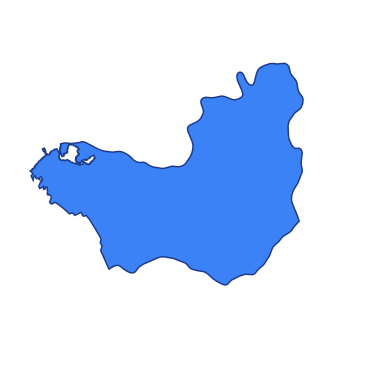 Pepillo Salcedo, Monte Cristi, Dominican Republic, rotated 336°
{"feature_id": "3306468B50273300961313", "entity_name": "Pepillo Salcedo", "entity_type": "district", "adm_level": 2, "iso_a3": "DOM", "parent_name": "Dominican Republic", "parent_adm1": "Monte Cristi", "projection": "equal_earth", "projection_center": [-71.693, 19.654], "detail": "fine", "context": "isolated", "style": "filled", "palette": "blue", "viewbox_px": 384, "rotation_deg": 336, "n_neighbors": 0, "source": "geoboundaries", "source_scale": "gbopen_adm2", "svg_char_len": 5879}
<svg xmlns="http://www.w3.org/2000/svg" viewBox="0 0 384 384"><g transform="rotate(336 192 192)"><path d="M278.0,262.2L278.6,256.6L279.0,243.2L279.6,239.8L280.6,237.6L282.4,234.8L285.3,231.6L291.8,227.3L300.4,219.0L301.7,216.6L302.9,211.4L303.7,209.4L308.6,201.1L309.0,198.1L308.4,196.4L307.2,195.4L304.7,194.5L303.5,193.5L302.6,191.8L302.1,188.7L302.1,184.0L302.7,180.6L306.6,170.7L308.8,167.5L311.0,165.7L318.0,161.6L324.3,160.1L326.0,159.2L329.0,156.3L331.1,152.7L331.5,149.7L330.4,145.4L330.3,142.3L332.1,135.6L332.3,133.5L332.1,131.3L330.7,126.6L330.3,123.6L331.5,116.5L330.6,113.9L328.8,112.0L322.0,109.8L318.2,107.5L315.6,106.5L309.9,105.9L305.1,106.1L302.4,107.1L300.8,108.3L298.6,110.6L293.5,117.2L291.8,118.6L290.6,118.9L288.8,118.0L287.9,116.7L287.2,115.0L286.8,112.7L286.7,105.9L286.3,103.8L285.1,102.3L284.3,101.9L282.5,102.0L281.2,103.0L280.1,104.5L279.1,107.6L278.9,110.1L278.8,120.1L278.2,123.2L277.7,124.1L276.1,125.4L272.4,125.9L269.4,125.4L267.5,124.6L265.8,123.3L260.5,118.0L258.1,116.4L249.1,114.4L242.9,111.0L240.3,110.7L238.7,111.1L237.3,112.2L236.9,113.1L236.3,114.9L235.8,120.9L235.3,122.9L234.4,124.5L233.1,125.7L229.7,128.4L227.1,129.5L224.2,129.9L217.4,130.0L215.6,130.5L214.1,131.7L213.2,133.6L212.9,135.8L212.7,145.6L212.1,149.3L210.6,152.5L208.0,156.1L204.9,159.0L197.9,163.3L196.2,163.9L193.5,164.2L189.9,163.5L184.5,160.4L177.1,159.2L174.4,158.4L166.7,153.4L164.1,150.7L161.2,146.2L159.9,145.2L155.2,143.3L153.2,141.4L151.6,138.9L150.1,134.9L148.5,131.9L146.5,129.2L144.3,126.8L141.8,125.2L135.6,123.3L127.8,118.6L124.3,115.3L114.6,103.1L112.5,101.5L111.4,101.1L109.9,101.2L101.6,98.7L96.9,96.0L94.2,95.0L91.7,94.6L91.7,95.2L91.3,95.2L91.3,96.1L91.0,96.1L91.0,96.7L90.6,96.6L90.2,97.6L89.5,97.6L89.5,98.6L89.1,98.6L89.2,99.2L88.8,99.1L88.4,100.0L88.1,100.0L88.0,101.9L87.7,102.0L87.7,104.4L88.0,104.4L87.7,106.4L88.0,106.4L88.1,106.9L89.9,106.9L89.9,106.4L90.2,106.2L90.2,105.4L90.6,105.4L90.6,104.9L92.0,105.0L92.0,105.4L93.9,105.4L93.9,105.0L94.6,104.9L94.6,103.9L94.9,103.9L94.9,103.0L95.7,102.5L96.0,101.5L96.4,101.6L96.4,101.0L97.1,100.5L97.1,100.0L98.2,99.6L98.2,99.1L98.9,99.1L98.9,98.6L100.0,98.6L100.0,99.1L100.7,99.1L100.7,99.6L101.4,99.5L101.5,100.0L102.2,100.0L102.2,100.5L102.9,101.0L102.9,101.5L103.3,101.5L103.3,102.0L104.0,102.5L104.1,103.0L104.7,103.0L104.7,103.5L105.1,103.5L105.1,104.4L105.5,104.5L105.5,104.9L105.8,104.9L105.8,105.4L106.1,105.4L106.2,106.9L105.5,106.9L105.5,107.3L104.4,107.3L104.0,108.3L103.7,108.3L103.7,109.8L104.0,109.8L104.0,110.8L104.3,110.7L104.4,111.2L104.0,111.2L104.1,111.8L103.3,111.7L103.3,112.2L101.8,112.2L101.8,112.7L100.4,112.7L100.4,113.2L100.0,113.2L100.0,113.7L99.7,113.7L99.7,114.6L99.3,114.6L99.3,115.1L98.9,115.1L98.9,115.6L98.6,115.6L98.6,117.6L98.9,117.6L99.0,118.1L99.7,118.1L100.0,119.0L100.7,119.0L100.7,119.5L101.4,119.5L101.5,120.0L102.2,120.0L102.2,119.5L103.7,119.5L103.7,119.0L104.7,119.0L104.7,118.5L106.9,118.5L106.9,119.0L107.6,119.0L107.6,119.5L108.8,119.5L108.7,120.0L109.4,120.0L109.4,119.5L112.0,119.5L112.0,119.0L113.1,119.0L113.1,118.5L117.1,118.5L117.1,119.0L117.4,119.0L117.4,120.9L116.7,120.9L116.7,121.9L115.7,121.9L115.6,122.4L114.6,122.6L114.5,122.9L113.4,122.9L113.4,123.4L112.0,123.3L112.0,123.9L110.9,123.9L110.9,124.4L110.2,124.4L110.2,124.9L108.7,124.9L108.7,124.4L108.0,124.4L108.0,123.9L107.3,123.4L107.3,122.9L106.5,123.0L106.5,122.0L105.9,121.5L105.8,121.0L105.5,121.0L105.5,120.5L105.1,120.5L105.1,121.0L104.4,121.0L104.0,122.0L101.5,122.0L101.5,121.5L100.0,121.5L100.0,121.0L99.7,121.0L99.3,120.1L98.6,120.0L98.2,119.0L97.1,119.0L97.1,118.5L96.4,118.5L96.0,117.6L94.6,116.6L94.6,116.1L93.9,116.1L93.1,114.2L92.8,114.2L92.8,113.7L92.0,113.2L91.7,112.2L91.0,112.2L91.0,111.7L88.4,111.7L88.4,111.2L88.1,111.2L87.9,110.8L87.3,110.8L87.3,110.4L85.9,110.3L85.5,109.4L85.2,109.3L85.2,108.8L84.8,108.8L84.7,107.8L84.4,107.8L84.4,106.9L84.7,106.9L85.2,104.9L85.5,104.9L85.9,103.9L86.2,103.9L86.2,103.5L86.6,103.4L86.5,101.0L86.2,101.0L86.2,98.1L85.9,98.0L85.9,97.6L84.1,97.6L84.1,97.1L83.3,97.1L83.3,97.6L79.7,97.6L79.7,98.1L78.6,98.1L78.6,98.5L78.3,98.6L78.3,99.2L77.5,99.1L77.5,99.6L75.4,99.6L75.3,99.1L75.0,99.1L75.1,98.5L74.6,98.6L74.6,97.6L74.3,97.6L74.2,95.6L74.7,95.6L74.6,94.7L75.0,94.6L75.0,92.3L74.6,92.3L74.6,91.8L73.2,91.8L73.2,92.3L72.8,92.3L72.8,94.2L73.2,94.2L73.2,95.2L73.9,95.7L73.9,97.6L73.6,97.6L73.6,98.6L73.2,98.6L72.8,99.6L71.0,99.5L71.0,100.0L69.2,100.0L69.2,100.5L68.1,100.5L68.1,101.0L66.7,101.0L66.7,101.5L64.2,101.6L63.4,102.9L61.6,103.0L61.6,103.4L60.9,103.5L60.9,103.9L59.8,103.9L59.8,104.4L59.1,104.4L59.0,104.9L58.3,104.9L58.3,105.4L58.0,105.4L58.0,105.9L55.8,105.8L55.8,106.4L55.1,106.4L55.1,106.9L52.8,106.9L54.2,110.5L51.7,111.8L51.7,116.6L54.2,113.2L55.2,113.2L55.3,116.6L56.8,116.7L57.8,118.6L58.9,116.7L60.4,116.7L60.4,119.8L58.9,119.8L58.9,121.3L57.8,121.3L55.3,123.4L54.3,124.8L54.3,126.8L58.9,126.8L57.8,128.2L57.8,129.5L58.9,129.5L60.4,128.2L61.4,128.2L61.4,129.5L60.4,131.6L60.4,132.8L58.9,134.8L59.7,135.5L59.4,136.3L60.4,136.3L61.4,137.7L61.4,139.7L57.9,143.2L57.9,144.5L58.9,145.9L63.0,145.9L67.6,154.0L71.2,162.2L73.8,162.3L75.3,164.2L75.3,165.6L82.5,165.6L82.5,169.0L83.5,170.3L85.8,170.3L87.4,176.2L89.7,194.9L89.7,198.3L87.5,201.1L87.9,204.6L84.8,208.5L84.8,228.7L90.5,228.0L93.1,228.3L94.7,229.0L96.0,230.3L98.8,235.6L101.3,239.1L103.6,241.2L105.3,241.9L107.9,241.8L113.2,238.9L118.0,238.1L134.1,238.2L137.0,238.6L139.7,239.6L147.5,244.7L156.8,254.0L157.7,255.5L159.0,260.0L159.8,261.6L161.0,262.9L165.1,266.1L169.7,269.1L171.1,270.3L173.3,273.6L175.9,279.8L179.1,284.8L182.6,289.0L184.1,290.2L185.8,290.8L187.3,290.6L190.1,289.3L192.8,288.5L201.8,288.1L207.8,289.0L213.1,291.9L214.8,292.2L216.6,292.0L221.1,289.6L227.2,287.8L228.9,287.0L236.7,281.9L241.9,276.7L244.3,274.8L251.3,272.5L256.8,269.6L264.2,268.6L266.9,267.8L271.5,265.1L278.0,262.2Z" fill="#3b82f6" stroke="#1e3a8a" stroke-width="1.5"/></g></svg>